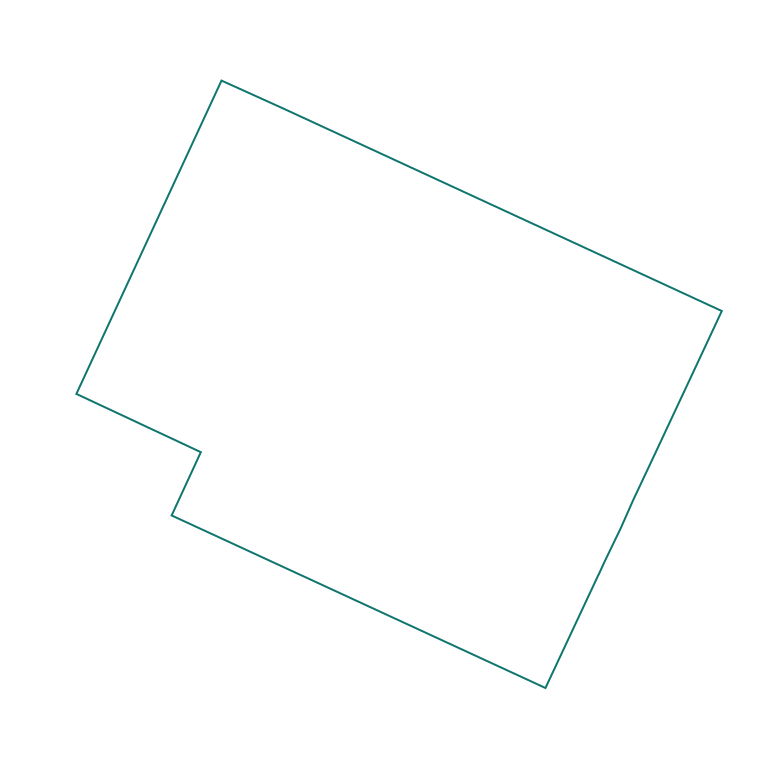 Paulding, Ohio, United States of America, rotated 205°
{"feature_id": "52423323B38130377602201", "entity_name": "Paulding", "entity_type": "district", "adm_level": 2, "iso_a3": "USA", "parent_name": "United States of America", "parent_adm1": "Ohio", "projection": "albers", "projection_center": [-84.657, 41.121], "detail": "fine", "context": "isolated", "style": "outline", "palette": "teal", "viewbox_px": 768, "rotation_deg": 205, "n_neighbors": 0, "source": "geoboundaries", "source_scale": "gbopen_adm2", "svg_char_len": 370}
<svg xmlns="http://www.w3.org/2000/svg" viewBox="0 0 768 768"><g transform="rotate(205 384 384)"><path d="M109.2,176.7L109.2,176.8L109.0,301.1L108.9,302.2L109.0,315.7L108.5,353.9L109.1,384.1L108.9,434.9L108.7,561.0L108.7,592.9L590.7,591.1L659.5,590.3L658.8,313.8L658.6,245.0L521.2,244.8L520.9,175.1L109.2,176.7Z" fill="none" stroke="#0f766e" stroke-width="2"/></g></svg>